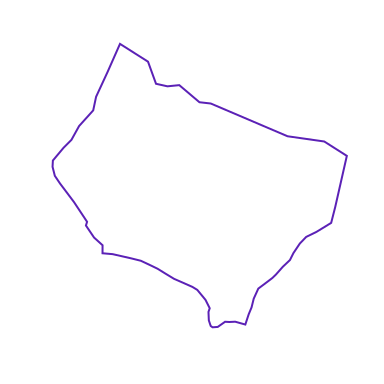 Chibok, Borno, Nigeria, rotated 14°
{"feature_id": "59680162B32856652540007", "entity_name": "Chibok", "entity_type": "district", "adm_level": 2, "iso_a3": "NGA", "parent_name": "Nigeria", "parent_adm1": "Borno", "projection": "natural_earth1", "projection_center": [12.855, 10.837], "detail": "fine", "context": "isolated", "style": "outline", "palette": "violet", "viewbox_px": 384, "rotation_deg": 14, "n_neighbors": 0, "source": "geoboundaries", "source_scale": "gbopen_adm2", "svg_char_len": 923}
<svg xmlns="http://www.w3.org/2000/svg" viewBox="0 0 384 384"><g transform="rotate(14 192 192)"><path d="M79.9,230.3L97.4,246.3L97.2,250.2L108.0,259.9L118.1,265.3L120.0,273.1L130.0,271.5L149.0,271.1L153.0,271.1L159.0,271.1L170.6,273.4L177.2,274.8L185.6,277.5L195.6,280.6L215.4,284.0L220.8,285.7L231.2,293.4L237.3,300.5L237.0,304.4L239.4,312.5L241.6,316.0L242.6,317.5L244.7,318.3L249.6,316.7L255.5,309.9L259.7,309.1L265.3,307.4L275.6,307.7L275.8,307.7L276.6,296.9L277.7,289.6L277.7,280.6L279.7,269.7L290.7,256.1L293.4,251.8L298.2,242.6L303.5,234.3L305.2,226.7L309.1,215.9L313.7,207.9L322.4,200.6L334.5,188.3L334.6,171.9L333.5,119.5L308.1,111.0L271.2,114.8L188.8,101.6L177.5,103.1L153.8,91.4L142.6,95.4L130.9,95.7L117.8,76.2L103.7,71.5L86.3,65.7L81.0,96.2L75.9,122.8L76.4,136.7L66.5,155.3L62.4,170.6L56.7,180.1L49.4,195.1L50.6,201.3L55.0,209.5L61.9,215.7L79.9,230.3Z" fill="none" stroke="#5b21b6" stroke-width="2"/></g></svg>